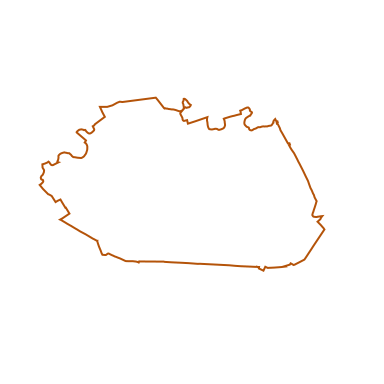 Salcea, Suceava, Romania (Albers equal-area conic projection), rotated 133°
{"feature_id": "2599482B6511307834665", "entity_name": "Salcea", "entity_type": "district", "adm_level": 2, "iso_a3": "ROU", "parent_name": "Romania", "parent_adm1": "Suceava", "projection": "albers", "projection_center": [26.345, 47.647], "detail": "fine", "context": "isolated", "style": "outline", "palette": "amber", "viewbox_px": 384, "rotation_deg": 133, "n_neighbors": 0, "source": "geoboundaries", "source_scale": "gbopen_adm2", "svg_char_len": 6002}
<svg xmlns="http://www.w3.org/2000/svg" viewBox="0 0 384 384"><g transform="rotate(133 192 192)"><path d="M290.7,308.2L291.0,306.0L291.4,303.0L291.7,295.6L291.4,295.1L291.0,293.7L290.6,291.9L292.4,284.9L290.2,284.3L287.2,283.1L288.1,280.2L289.9,273.8L289.5,273.6L291.4,266.9L299.6,268.8L302.1,269.6L301.8,268.7L300.7,263.6L300.4,262.0L299.4,257.7L299.2,257.2L299.1,256.4L298.1,251.7L297.9,251.0L297.1,246.9L295.6,241.4L293.7,232.6L293.4,231.7L292.5,228.2L292.3,228.0L292.5,227.9L292.7,227.7L293.0,227.0L293.7,225.9L294.5,224.4L295.3,222.9L297.2,218.7L298.4,216.4L299.0,214.7L297.2,212.4L296.7,212.0L296.4,211.9L295.1,211.7L294.4,211.5L294.1,211.3L293.9,211.0L293.7,210.6L293.5,209.8L292.8,207.5L292.2,205.9L291.9,204.7L291.2,203.2L290.7,201.8L289.7,199.4L288.6,196.0L287.9,193.8L287.7,193.4L287.4,192.9L282.9,188.0L282.1,186.9L281.2,185.7L280.5,184.5L280.1,183.6L279.9,182.9L278.8,183.3L277.3,181.6L262.2,165.2L261.8,164.4L257.2,158.8L251.5,152.1L246.3,145.9L240.4,138.5L239.9,138.1L238.8,136.9L220.2,114.8L216.5,110.0L213.0,105.7L206.4,98.0L203.2,94.2L202.4,93.8L202.4,93.1L201.1,91.8L202.3,90.9L200.8,86.1L196.7,87.4L195.9,84.9L191.4,80.5L186.0,75.5L183.1,73.1L183.2,73.7L178.4,70.9L176.9,71.2L176.5,69.7L176.1,67.9L175.0,67.3L174.3,67.1L170.5,65.7L164.8,63.7L163.3,63.9L160.2,64.4L157.4,64.9L152.6,65.7L148.2,66.5L132.8,69.0L129.1,69.6L128.7,71.3L128.6,72.7L128.3,75.3L128.2,78.1L128.1,79.4L128.1,79.9L124.5,79.6L123.9,79.7L123.4,79.9L122.8,80.1L122.1,80.2L120.8,80.3L122.2,81.5L123.4,82.4L124.6,83.4L124.8,83.5L125.1,83.6L125.9,84.5L126.5,85.3L127.1,86.2L127.2,86.6L127.1,87.4L126.9,88.1L126.7,88.3L126.5,88.5L125.0,89.3L124.4,89.6L123.9,89.7L121.7,90.8L120.1,91.5L116.7,93.1L115.9,93.5L114.8,94.1L113.7,94.6L113.1,96.4L112.3,98.7L112.0,99.2L111.0,100.9L110.7,102.0L110.4,102.8L109.5,104.7L108.8,106.4L108.3,108.0L106.3,111.9L104.8,114.7L103.0,119.5L102.2,121.5L100.7,125.3L97.9,133.0L97.4,134.6L96.0,138.2L95.8,138.9L95.4,139.9L94.0,143.9L93.2,147.8L92.6,150.0L91.6,153.0L90.6,152.6L89.9,154.0L91.0,155.1L87.5,166.0L86.5,169.4L85.4,171.3L83.6,176.2L84.0,176.4L83.9,176.6L83.6,176.4L83.5,176.6L83.9,176.8L83.3,177.6L82.5,177.0L82.1,177.7L82.9,178.2L81.9,180.9L84.0,180.9L85.2,180.4L85.3,180.3L85.2,180.2L85.7,179.8L85.8,179.7L86.4,179.8L88.0,179.4L89.0,179.4L89.5,179.5L91.5,181.1L92.7,181.7L93.7,182.8L94.6,183.6L94.9,183.9L95.1,184.3L95.6,184.8L96.4,185.4L97.0,185.8L97.7,186.1L98.3,186.5L99.1,187.4L99.4,187.8L101.1,188.4L101.4,188.4L102.3,188.8L102.9,189.1L103.5,189.5L104.0,189.7L105.5,190.0L106.3,190.4L106.5,190.7L107.0,191.5L107.2,192.2L107.1,192.9L106.9,193.3L106.5,193.8L106.2,194.4L106.2,194.6L106.6,195.5L106.9,196.1L107.0,196.8L106.9,198.5L106.8,199.3L106.6,199.8L106.2,200.4L105.6,201.0L104.9,201.5L104.1,202.0L102.9,202.6L101.8,202.9L100.9,202.9L98.7,202.4L96.7,201.8L96.4,201.5L95.9,201.7L93.8,202.0L93.4,202.1L93.0,202.3L92.9,202.5L92.8,202.8L93.1,204.3L93.1,204.6L93.1,204.8L93.0,205.0L92.8,205.4L92.3,205.8L92.1,206.2L91.9,206.9L91.8,207.8L91.9,208.4L91.9,208.6L92.8,209.4L95.1,210.4L98.2,211.4L99.2,212.0L99.6,212.2L99.9,211.6L100.5,210.8L101.6,209.4L105.4,211.9L107.4,213.1L108.8,214.1L111.0,215.5L116.4,218.6L116.8,218.7L117.2,217.6L117.5,217.2L117.9,216.5L118.3,216.0L118.9,215.4L119.2,215.0L120.0,214.0L120.7,213.3L121.8,212.8L123.0,212.4L124.8,212.7L125.3,213.0L126.4,213.5L128.0,214.5L128.3,214.8L128.5,215.2L128.6,215.5L128.6,215.9L128.7,216.3L128.9,216.8L129.5,217.7L129.8,218.0L130.1,218.3L130.8,218.7L132.6,220.0L133.2,220.7L134.2,222.2L134.2,222.8L134.0,223.3L133.6,224.3L133.0,225.3L132.2,226.4L130.6,228.2L129.4,229.9L128.0,231.1L126.8,231.8L138.0,237.8L144.3,241.3L144.8,241.6L142.8,244.6L145.0,246.0L145.3,246.2L145.6,246.5L145.7,246.9L145.7,247.4L145.6,247.9L145.4,248.3L144.4,249.5L144.2,249.9L143.2,252.8L142.9,253.6L142.7,254.0L142.4,254.2L142.1,254.4L141.4,254.5L134.9,254.8L134.6,254.7L134.1,253.3L132.9,252.7L132.3,252.1L131.9,251.9L131.5,251.9L130.5,251.8L129.9,252.0L129.2,252.2L129.3,252.6L129.4,254.4L129.3,255.4L129.1,256.3L128.9,257.2L128.7,257.6L128.7,258.0L128.7,260.1L128.8,260.6L129.2,261.4L129.4,261.5L129.5,261.3L129.6,261.2L130.0,261.2L131.0,260.5L132.0,260.2L132.5,260.1L132.7,259.9L132.9,259.8L133.2,259.5L133.6,258.5L133.8,258.1L134.7,257.0L134.8,256.8L135.1,256.4L135.7,255.7L136.2,255.3L136.5,255.1L137.1,254.9L138.2,254.7L139.1,254.8L140.0,255.2L140.7,255.5L141.3,256.0L141.9,256.9L143.2,259.9L144.1,261.5L144.6,262.3L145.0,262.7L145.2,262.8L146.6,264.9L147.1,265.5L147.5,266.2L147.9,267.0L148.1,267.3L148.4,267.5L148.8,268.1L149.0,268.5L149.1,268.9L149.3,269.0L149.7,269.1L149.7,269.8L148.1,279.7L147.7,282.8L173.7,304.3L175.2,306.4L177.7,307.6L182.9,309.3L187.6,312.1L192.5,317.4L194.8,312.0L196.5,307.0L204.2,308.4L208.1,309.1L208.6,309.2L209.9,309.0L210.6,309.1L211.6,309.4L212.5,307.1L212.8,306.3L213.4,305.9L213.7,305.7L214.7,305.7L215.1,305.7L217.1,305.9L218.4,306.3L219.0,306.7L219.6,307.6L219.8,308.7L219.8,310.3L219.6,311.6L219.4,312.2L219.5,312.6L219.8,312.8L220.4,313.1L220.7,314.1L221.6,315.6L222.5,316.3L223.4,316.9L224.9,317.2L226.2,317.3L226.9,317.2L227.1,317.0L226.9,312.4L226.6,304.7L228.1,304.3L228.6,304.3L229.0,304.2L228.8,303.1L228.9,302.2L229.2,301.3L229.5,300.5L230.2,299.5L232.0,297.9L232.8,297.3L234.3,296.6L235.5,296.0L236.9,295.6L238.2,295.5L239.4,295.3L240.3,295.4L241.8,295.8L242.7,296.2L245.0,299.1L246.6,301.6L247.4,302.5L247.5,303.0L247.5,303.7L247.6,304.3L247.3,305.8L247.3,306.4L247.4,307.1L247.3,308.1L248.3,309.3L249.2,310.9L249.9,311.9L250.1,312.4L251.9,313.5L253.4,314.2L254.2,314.4L255.4,314.5L256.5,314.4L257.0,314.0L258.0,313.0L259.2,312.2L260.1,311.7L261.2,311.4L262.1,310.9L262.0,310.5L261.5,310.1L261.4,309.9L263.2,310.6L267.1,312.0L267.8,312.6L268.2,313.4L268.1,314.6L267.9,315.6L267.6,316.5L267.7,317.7L268.8,317.8L269.1,317.9L271.6,319.0L273.8,320.3L276.1,317.9L276.8,315.4L277.1,314.9L278.6,313.8L281.1,312.9L283.0,313.0L284.5,312.5L285.4,311.4L285.5,310.5L284.9,309.5L285.0,308.9L285.7,308.0L286.7,307.7L288.9,307.8L290.7,308.2Z" fill="none" stroke="#b45309" stroke-width="2"/></g></svg>